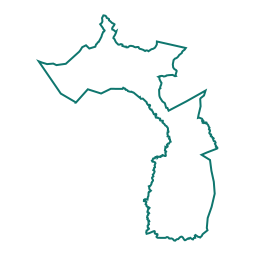 Coicoyán de las Flores, Guerrero, Mexico (Albers equal-area conic projection)
{"feature_id": "50627088B16935461060546", "entity_name": "Coicoyán de las Flores", "entity_type": "district", "adm_level": 2, "iso_a3": "MEX", "parent_name": "Mexico", "parent_adm1": "Guerrero", "projection": "albers", "projection_center": [-98.212, 17.216], "detail": "fine", "context": "isolated", "style": "outline", "palette": "teal", "viewbox_px": 256, "rotation_deg": 0, "n_neighbors": 0, "source": "geoboundaries", "source_scale": "gbopen_adm2", "svg_char_len": 5935}
<svg xmlns="http://www.w3.org/2000/svg" viewBox="0 0 256 256"><path d="M188.9,238.8L190.2,237.8L192.4,239.3L193.0,239.4L193.8,238.0L195.2,237.8L194.8,235.6L195.5,235.0L198.2,236.9L199.3,237.0L200.1,237.5L201.8,235.9L202.5,234.4L203.1,233.8L207.5,230.3L206.8,228.0L207.7,218.0L211.6,206.9L214.7,193.7L213.8,181.8L211.4,170.7L210.0,160.0L201.6,154.8L206.9,152.5L216.5,148.8L217.3,148.4L217.3,147.5L216.8,147.1L216.4,147.6L215.8,146.7L216.1,146.0L214.9,143.8L215.4,143.2L215.6,142.6L214.9,141.3L214.0,141.2L213.7,140.9L213.1,139.2L213.3,138.6L213.6,138.3L213.3,138.0L212.7,138.1L212.4,137.8L212.1,136.7L211.0,136.4L210.7,136.0L211.1,134.7L210.8,134.3L210.4,134.4L209.4,133.3L209.3,132.8L210.0,131.0L209.9,130.1L209.1,129.6L208.9,129.2L209.5,127.7L208.6,126.5L208.2,125.1L206.9,123.7L206.4,123.5L206.5,123.1L206.5,122.6L205.9,122.4L205.2,123.2L204.5,123.0L204.3,122.4L203.7,122.2L203.1,123.0L202.7,122.8L203.0,122.0L203.4,121.3L203.4,121.0L202.7,120.9L202.1,121.1L202.0,120.9L202.6,119.7L201.9,118.7L199.0,117.6L198.0,117.9L198.5,115.2L200.6,106.3L200.2,99.0L200.7,98.1L204.0,95.5L205.5,90.6L186.5,101.3L168.6,110.7L167.4,107.9L166.2,107.8L166.1,107.6L164.9,103.3L164.5,102.9L162.4,101.4L160.1,97.8L159.6,96.6L159.3,95.0L159.1,89.8L159.2,89.4L160.1,88.5L159.9,88.4L160.3,87.2L160.4,86.3L161.1,84.8L161.5,82.9L160.6,81.5L159.4,78.9L159.5,77.5L158.4,76.8L159.8,76.2L161.5,75.9L162.7,76.0L163.8,76.5L165.8,76.1L166.4,75.5L168.4,75.2L172.6,74.9L175.0,76.2L176.0,76.0L175.5,75.2L176.7,71.0L176.1,70.1L174.4,69.1L173.2,67.5L172.8,64.4L173.6,60.1L175.0,58.6L176.4,58.1L177.6,57.2L178.5,56.1L179.1,55.1L181.8,53.0L182.0,52.2L182.6,51.2L184.6,49.7L185.8,48.0L156.9,41.5L156.8,44.5L155.6,46.7L154.7,47.9L152.9,48.9L151.5,49.2L148.5,51.2L148.0,50.8L146.9,50.4L145.9,50.5L145.1,51.0L144.2,50.5L143.6,50.0L141.4,49.2L139.8,48.8L139.1,48.3L138.5,47.1L137.2,47.0L135.7,47.3L134.4,47.0L133.4,46.3L131.4,45.9L130.0,45.9L128.6,46.7L127.9,47.3L126.3,47.3L126.0,46.6L124.6,46.7L123.4,46.2L122.4,46.0L122.4,44.6L120.9,44.1L119.6,44.6L118.3,44.6L116.2,42.5L115.5,41.4L115.2,40.6L114.4,39.0L113.4,38.1L113.6,37.1L114.9,35.1L116.0,32.7L116.4,31.2L115.7,31.8L113.5,29.9L112.3,29.5L112.1,28.6L112.5,27.4L114.1,25.3L114.5,24.3L113.5,23.6L112.1,23.0L110.2,21.2L109.0,20.3L109.0,19.1L108.3,18.6L106.7,17.9L106.2,16.4L105.0,15.6L103.4,15.4L102.0,18.1L102.3,19.6L102.4,21.6L101.5,23.2L100.2,24.2L102.9,28.0L103.6,29.4L104.6,30.4L104.2,31.4L103.2,31.9L101.9,35.0L101.5,36.6L99.9,39.7L98.6,42.0L97.8,42.3L97.0,43.7L96.1,44.4L95.3,46.7L89.3,48.5L86.0,45.3L82.2,47.2L80.5,50.0L79.2,51.7L65.8,63.8L56.4,65.1L53.3,63.6L47.1,64.1L41.8,62.5L38.7,61.3L60.8,93.6L75.7,102.3L75.6,102.7L75.8,102.7L87.8,89.3L101.1,93.5L110.8,88.8L122.4,88.9L123.2,87.8L124.3,88.6L124.7,88.4L125.3,88.8L125.7,89.8L126.5,89.8L127.6,90.5L127.9,91.1L129.5,91.6L131.2,91.9L131.6,91.7L132.5,92.3L133.5,92.5L139.4,97.4L139.9,97.1L140.0,97.7L140.9,98.8L142.8,98.6L146.7,102.3L146.9,103.5L148.1,105.0L148.6,105.3L149.2,104.8L149.8,104.9L150.1,105.5L150.0,105.8L149.1,107.1L149.8,108.7L150.8,109.7L151.6,109.6L152.1,110.8L152.6,111.4L153.8,114.1L154.3,114.1L154.5,114.3L154.4,114.4L154.8,114.7L155.3,114.4L155.9,113.9L156.2,114.1L156.3,114.7L156.1,115.4L155.6,116.2L155.5,116.7L156.1,117.7L157.2,117.5L157.6,117.6L157.7,117.9L158.3,118.0L158.7,118.3L160.1,118.6L160.2,118.9L160.0,120.1L160.3,120.5L160.8,120.5L161.4,120.7L162.0,120.7L162.8,120.8L162.8,121.6L162.5,122.5L164.5,124.2L165.2,125.4L166.6,126.2L167.0,127.0L167.6,127.5L168.0,128.8L168.0,129.5L167.8,130.1L168.0,130.7L168.4,131.1L168.5,131.8L168.3,132.3L167.9,132.7L167.5,132.6L167.4,134.1L167.7,134.7L167.9,135.6L167.6,136.4L168.1,136.6L169.3,136.7L169.5,137.7L169.5,138.0L169.0,138.7L169.1,138.9L169.8,139.1L170.0,139.4L170.0,140.2L170.6,141.6L170.2,141.7L169.3,142.9L169.0,143.6L168.0,143.6L166.9,144.8L166.9,145.1L167.4,145.4L167.7,145.9L167.7,146.3L167.4,146.9L166.8,147.1L166.1,147.2L165.4,146.9L165.4,147.6L165.7,147.9L165.3,148.1L164.9,150.4L165.0,150.7L166.0,151.3L166.2,151.7L165.5,152.4L165.3,152.9L165.6,153.6L165.7,154.8L165.8,155.7L165.5,156.0L164.3,155.9L164.1,155.7L162.5,155.0L162.2,155.2L162.0,156.0L161.7,156.2L160.8,156.1L160.5,156.2L160.4,157.0L158.3,156.7L157.6,157.5L157.6,156.6L157.1,156.4L156.3,157.3L155.6,157.0L155.3,157.1L154.8,158.3L153.3,158.4L153.0,158.8L152.6,160.1L151.9,160.7L152.5,161.7L153.6,161.7L155.2,162.5L155.2,163.2L155.4,163.4L154.6,165.3L154.8,165.7L155.0,167.3L154.1,167.9L154.1,169.1L153.6,169.4L153.3,170.2L154.3,170.8L154.6,171.4L154.3,172.5L153.7,173.8L152.8,174.6L153.4,176.4L152.1,177.5L152.0,178.0L152.3,178.8L153.0,180.0L153.0,180.6L152.5,181.4L152.1,181.7L151.9,182.5L151.5,182.9L151.5,183.7L151.2,184.5L150.3,185.9L149.4,186.0L148.8,186.3L149.3,187.5L149.2,188.1L149.5,189.3L150.9,190.7L149.5,191.9L149.0,191.8L148.6,192.4L148.4,196.1L147.9,196.9L147.5,199.6L146.3,199.3L145.0,199.2L144.0,199.8L143.9,201.1L144.5,201.3L145.4,201.1L146.4,202.0L145.6,204.3L146.5,205.0L146.6,206.2L148.2,207.0L147.8,207.7L148.3,208.4L149.2,207.7L149.5,207.9L148.0,209.8L147.4,211.9L148.5,212.4L149.1,213.2L148.0,214.1L148.3,214.8L147.4,215.8L147.1,217.4L147.5,217.6L147.9,218.3L147.3,219.1L148.1,220.2L149.0,220.5L149.3,221.4L148.4,221.9L148.9,224.2L148.3,224.3L148.1,225.6L147.6,225.9L147.8,227.6L148.4,227.9L148.9,228.4L149.0,228.8L148.1,229.3L147.4,230.3L146.6,230.5L146.2,232.4L146.6,233.8L149.3,233.1L152.7,231.6L154.0,231.1L154.5,231.1L154.8,231.5L154.7,232.9L155.0,233.6L156.1,234.0L156.9,233.9L157.5,234.3L157.5,235.1L156.5,236.5L156.5,236.9L157.4,237.7L158.1,237.8L159.5,237.8L161.3,237.9L165.0,237.9L165.9,237.7L166.5,237.2L167.2,237.1L168.4,237.5L168.7,237.8L168.9,238.2L169.2,238.5L170.3,238.6L171.2,238.4L172.3,238.7L173.2,239.4L173.9,240.3L174.2,240.5L174.9,240.6L175.3,240.6L175.9,239.9L177.0,239.2L178.2,239.1L179.8,237.4L181.1,236.7L181.8,236.7L182.5,237.2L182.9,237.6L183.8,239.1L184.4,239.9L184.8,240.2L185.5,240.1L188.3,238.3L188.9,238.8Z" fill="none" stroke="#0f766e" stroke-width="2"/></svg>